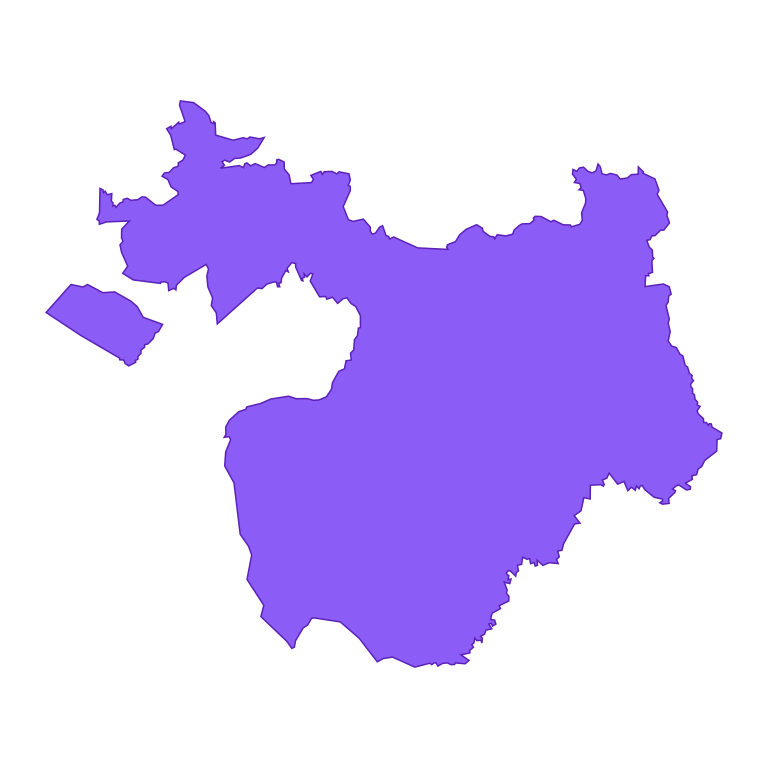 Caltepec, Puebla, Mexico (orthographic projection)
{"feature_id": "50627088B1371520644143", "entity_name": "Caltepec", "entity_type": "district", "adm_level": 2, "iso_a3": "MEX", "parent_name": "Mexico", "parent_adm1": "Puebla", "projection": "orthographic", "projection_center": [-97.485, 18.145], "detail": "fine", "context": "isolated", "style": "filled", "palette": "violet", "viewbox_px": 768, "rotation_deg": 0, "n_neighbors": 0, "source": "geoboundaries", "source_scale": "gbopen_adm2", "svg_char_len": 6124}
<svg xmlns="http://www.w3.org/2000/svg" viewBox="0 0 768 768"><path d="M234.0,482.8L240.2,534.3L248.5,546.2L251.7,554.9L247.0,579.4L263.8,605.3L260.9,616.6L286.9,641.4L291.8,648.4L294.4,647.2L295.5,640.8L303.2,627.9L307.6,625.1L311.5,618.4L314.0,617.9L340.3,621.9L359.3,638.4L377.3,661.8L383.3,658.5L392.5,657.1L414.8,667.1L429.9,663.2L431.8,664.7L434.2,662.8L436.3,663.2L437.8,666.1L442.6,663.4L447.6,662.9L450.7,664.6L454.6,664.5L455.3,662.9L465.1,663.8L469.0,660.4L461.0,654.9L469.9,652.9L469.7,650.4L473.5,647.2L471.7,644.7L473.9,643.0L474.8,638.1L476.9,640.7L480.9,640.2L481.9,643.0L482.4,638.2L480.6,636.4L484.6,634.2L485.9,630.2L491.8,628.8L488.8,624.0L491.3,623.3L492.5,626.1L495.9,624.1L494.6,620.0L490.6,619.5L492.1,613.2L500.5,608.6L499.2,605.7L508.8,601.0L508.9,596.2L506.4,593.3L507.2,590.1L504.2,582.2L509.8,583.6L511.0,579.0L507.9,579.6L508.9,575.8L506.4,573.6L507.3,571.4L510.0,570.6L515.7,576.2L516.3,572.6L518.5,570.9L517.4,565.2L521.6,564.4L522.6,557.3L526.9,559.2L529.7,558.6L530.6,563.7L534.1,562.5L535.2,566.1L537.5,565.3L537.2,560.2L542.9,565.4L549.2,562.7L558.2,563.6L556.5,559.4L559.3,556.8L557.7,551.1L561.9,550.3L563.7,543.6L574.6,523.9L580.0,523.2L574.2,515.6L581.0,510.8L583.9,497.6L590.2,499.0L590.4,485.2L600.8,484.7L603.4,486.2L604.2,484.3L602.4,480.0L606.8,478.2L609.1,473.1L617.7,484.2L623.9,481.4L627.9,490.7L631.4,487.2L635.3,490.3L636.4,485.9L639.0,488.8L640.3,486.0L642.3,485.5L644.8,489.7L654.2,497.3L662.4,499.1L662.7,500.8L659.8,502.8L662.7,504.2L669.1,503.4L668.6,498.5L675.0,492.3L675.5,490.7L672.5,489.0L676.0,486.1L678.7,484.9L686.6,490.0L690.3,489.2L690.6,486.8L685.4,483.1L692.4,479.4L691.9,475.7L696.6,474.7L698.1,469.2L701.8,466.3L704.7,460.5L716.7,451.1L717.1,439.5L720.7,438.7L721.9,433.0L712.1,427.2L711.3,423.9L709.2,423.7L708.2,425.3L706.3,422.5L703.6,422.4L703.5,418.7L698.3,413.9L697.1,410.8L700.1,406.4L697.3,405.0L697.6,402.1L695.1,399.4L694.4,394.7L692.6,393.4L692.6,388.6L690.9,386.8L690.7,384.1L693.5,380.6L691.7,378.5L692.2,375.4L689.5,373.5L687.5,366.9L685.2,365.4L682.9,356.0L679.9,354.1L676.3,347.5L671.7,346.1L668.2,341.0L670.2,331.6L668.2,323.1L669.3,319.1L666.0,305.5L668.1,302.2L668.8,296.0L671.2,294.0L669.2,286.7L663.4,284.0L645.0,286.6L645.7,275.7L648.9,275.8L648.4,273.5L652.5,272.5L651.9,260.6L654.0,258.3L652.6,256.9L652.4,250.1L649.2,247.0L646.8,240.3L650.0,239.7L652.1,235.7L654.9,235.7L660.7,230.1L663.8,230.1L669.5,222.9L666.9,215.3L667.6,212.1L657.2,194.3L659.0,190.2L655.0,179.0L642.9,173.2L643.5,171.9L638.3,166.9L638.2,174.2L631.4,174.6L627.3,178.0L620.3,179.0L616.8,175.0L610.4,173.4L606.7,174.9L602.1,173.9L600.2,166.6L598.0,164.0L596.1,170.8L592.2,172.9L588.0,171.4L583.5,167.2L579.3,168.0L576.9,171.3L573.0,169.4L572.5,174.2L576.4,179.2L574.4,182.5L579.8,183.5L581.2,187.7L579.0,189.8L583.3,190.4L585.8,198.6L585.5,203.2L581.6,212.8L582.3,220.3L579.8,224.3L571.2,226.9L570.5,225.0L563.2,224.8L553.8,220.2L551.0,221.8L541.1,216.5L535.2,216.3L533.3,218.1L534.3,219.8L530.0,223.6L522.0,223.9L519.2,225.5L514.0,230.2L512.7,234.2L505.8,235.9L497.2,234.7L494.6,238.9L493.7,236.7L489.9,236.4L483.2,231.4L482.3,228.1L476.6,224.7L466.2,229.3L459.8,234.6L455.5,241.6L447.5,244.7L446.6,247.3L447.9,249.4L417.7,247.9L393.6,237.0L389.7,239.0L388.6,236.4L386.0,235.6L382.6,225.7L379.5,227.2L375.4,233.2L372.3,234.1L370.3,231.2L370.3,227.1L363.3,219.1L353.0,221.4L348.4,219.7L343.2,206.6L350.3,190.6L350.3,186.4L348.3,185.4L350.3,180.0L349.0,173.8L338.9,171.8L336.9,173.9L332.0,171.4L324.2,171.7L322.5,174.4L320.8,171.4L310.9,175.4L313.4,179.4L311.5,182.6L290.9,183.7L289.1,174.8L284.3,169.0L284.2,162.0L278.6,159.3L276.7,159.9L276.7,162.8L274.7,165.0L268.3,164.9L264.3,167.5L255.2,163.6L250.6,165.8L246.9,162.9L244.7,163.9L243.6,167.6L239.2,165.6L220.6,168.2L224.5,165.3L222.1,161.9L224.5,160.1L229.5,162.1L234.5,158.5L240.7,158.0L250.7,154.4L257.6,148.3L264.2,137.5L259.4,138.8L249.9,137.0L247.3,138.9L243.3,137.7L233.2,140.2L215.7,135.1L215.2,123.0L213.6,121.7L213.7,123.5L211.1,122.6L208.9,115.7L205.3,111.3L193.6,102.6L180.4,100.9L179.5,105.1L185.1,121.5L180.6,123.5L178.9,123.7L178.7,122.2L171.3,128.8L171.0,126.3L166.6,128.7L170.7,135.3L174.3,149.6L175.7,149.0L185.3,155.1L182.9,160.1L178.1,163.0L178.5,165.4L176.9,166.8L173.7,167.6L169.3,172.3L164.4,173.0L162.0,176.2L167.9,179.5L171.0,186.8L177.9,191.5L178.2,194.7L163.1,205.2L155.8,205.3L145.5,197.1L141.9,196.9L137.7,199.7L130.9,200.3L127.3,198.3L123.2,199.5L123.0,202.0L120.1,202.8L115.9,207.4L114.8,205.2L112.9,206.0L113.0,202.8L111.4,201.2L111.8,193.6L107.2,194.7L105.2,191.2L103.5,192.7L103.0,189.9L100.0,188.4L99.5,212.9L96.9,219.4L99.3,221.0L99.3,224.3L106.6,221.9L129.4,221.0L121.7,229.1L121.5,237.9L123.0,241.3L120.0,244.8L121.5,252.1L127.7,266.3L122.7,273.3L133.2,279.9L160.4,283.4L160.6,282.2L164.9,281.7L168.0,283.1L168.7,290.6L173.9,288.3L175.9,290.0L176.4,285.3L184.1,277.5L206.2,264.4L208.5,269.0L206.8,276.2L207.9,287.0L212.6,297.9L211.3,305.6L216.3,312.9L217.3,323.9L257.4,288.0L262.1,288.6L266.6,284.2L273.3,282.1L276.4,282.0L277.5,286.7L279.7,286.8L278.7,283.3L281.1,282.7L281.6,278.1L285.8,270.5L288.3,271.9L287.1,268.4L291.7,262.6L295.6,263.6L295.7,267.2L301.6,280.5L303.0,280.8L302.2,278.2L304.6,277.2L304.2,273.9L307.0,276.9L310.5,273.3L312.9,273.9L310.2,281.1L319.6,296.8L325.8,296.5L326.8,299.2L332.5,297.2L337.6,303.4L343.2,298.7L347.0,297.9L351.1,303.6L355.7,306.5L360.4,315.7L360.4,327.6L358.4,328.1L357.4,335.8L354.5,339.5L353.7,350.0L350.5,353.2L351.3,360.0L346.0,360.8L344.5,368.8L338.7,371.4L332.5,382.7L331.4,389.4L326.4,396.8L319.1,399.9L313.5,400.3L307.2,398.6L296.2,398.7L288.6,396.2L270.8,399.0L260.9,403.4L246.8,406.9L245.7,409.4L238.6,411.8L229.3,420.3L225.7,427.2L225.9,434.5L224.2,437.3L229.0,436.6L230.7,439.6L225.7,451.8L224.7,466.0L234.0,482.8ZM128.7,365.9L135.7,362.3L135.4,360.4L137.8,359.4L138.2,356.1L141.0,353.4L140.9,350.2L144.6,347.2L144.7,344.6L147.8,344.0L153.2,338.6L155.1,333.2L158.5,331.5L162.6,324.4L143.2,317.3L137.2,306.6L131.0,301.2L114.7,291.9L102.8,292.7L87.5,284.5L83.0,287.0L71.0,284.5L46.1,312.5L80.9,335.5L119.6,358.1L119.7,359.8L123.6,360.0L125.2,363.6L128.7,365.9Z" fill="#8b5cf6" stroke="#5b21b6" stroke-width="1.5"/></svg>